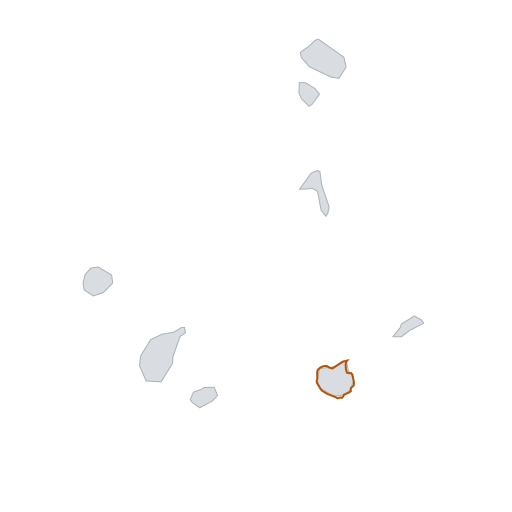 Cabo Verde, with Boa Vista highlighted, rotated 63°
{"feature_id": "CPV-5055", "entity_name": "Boa Vista", "entity_type": "state/province", "adm_level": 1, "iso_a3": "CPV", "parent_name": "Cabo Verde", "parent_adm1": "", "projection": "robinson", "projection_center": [-22.807, 16.113], "detail": "fine", "context": "in_parent", "style": "outline", "palette": "amber", "viewbox_px": 512, "rotation_deg": 63, "n_neighbors": 0, "source": "natural_earth", "source_scale": "10m", "svg_char_len": 1811}
<svg xmlns="http://www.w3.org/2000/svg" viewBox="0 0 512 512"><g transform="rotate(63 256 256)"><path d="M325.0,397.6L317.5,410.6L301.0,409.6L292.6,404.2L282.7,387.8L283.0,375.2L286.5,364.2L285.9,354.6L287.3,352.1L292.4,353.8L293.2,360.2L308.2,375.9L313.7,379.0L325.0,397.6ZM111.7,122.5L99.7,125.5L94.6,124.0L93.0,112.8L90.6,105.3L91.1,102.0L118.8,87.5L128.6,89.9L135.3,101.5L130.7,107.9L111.7,122.5ZM390.3,223.2L400.7,225.8L404.6,224.8L411.2,225.4L418.2,232.9L419.6,240.8L416.1,250.7L402.4,258.8L394.5,257.9L385.2,250.4L390.5,235.8L390.3,223.2ZM217.7,419.1L208.1,424.5L201.3,422.2L194.9,416.6L191.8,408.5L194.3,401.5L207.4,393.3L215.1,396.0L219.3,408.7L217.7,419.1ZM245.5,168.5L250.6,172.7L252.3,175.7L244.7,177.2L226.3,171.8L221.4,175.1L216.4,186.9L207.1,169.1L207.8,162.6L209.8,160.7L222.8,165.3L245.5,168.5ZM357.5,379.3L354.1,379.9L348.9,373.5L350.0,364.6L349.5,362.3L354.0,352.8L363.0,353.7L365.3,360.7L365.7,375.1L357.5,379.3ZM146.7,140.8L136.5,144.1L130.2,143.7L121.2,138.7L124.0,133.3L133.8,127.3L140.6,126.0L146.1,136.7L146.7,140.8ZM394.0,163.3L390.0,170.6L385.2,159.9L382.6,157.4L381.3,142.1L388.5,137.5L392.0,137.1L392.1,153.0L394.0,163.3Z" fill="#d9dde1" stroke="#a8b0b8" stroke-width="1"/><path d="M419.5,240.7L420.0,241.0L420.9,242.3L421.4,243.9L420.7,244.6L420.3,245.2L420.1,246.5L419.8,247.9L417.7,249.3L411.0,255.3L406.5,258.0L404.2,258.8L397.0,259.3L395.8,259.1L394.6,258.4L392.8,256.8L391.4,256.3L386.9,254.0L385.4,252.5L384.6,249.4L384.7,246.7L385.4,244.2L386.7,242.3L388.5,241.6L390.9,239.0L389.5,226.6L390.6,222.2L391.1,223.3L391.6,224.0L393.1,225.2L395.3,226.3L398.4,227.5L401.3,227.9L402.5,226.6L403.5,224.4L405.7,224.0L413.0,226.1L414.3,226.7L415.6,227.6L416.1,228.7L416.8,231.4L417.4,231.9L419.5,232.9L419.9,235.3L419.5,240.7Z" fill="none" stroke="#b45309" stroke-width="2"/></g></svg>